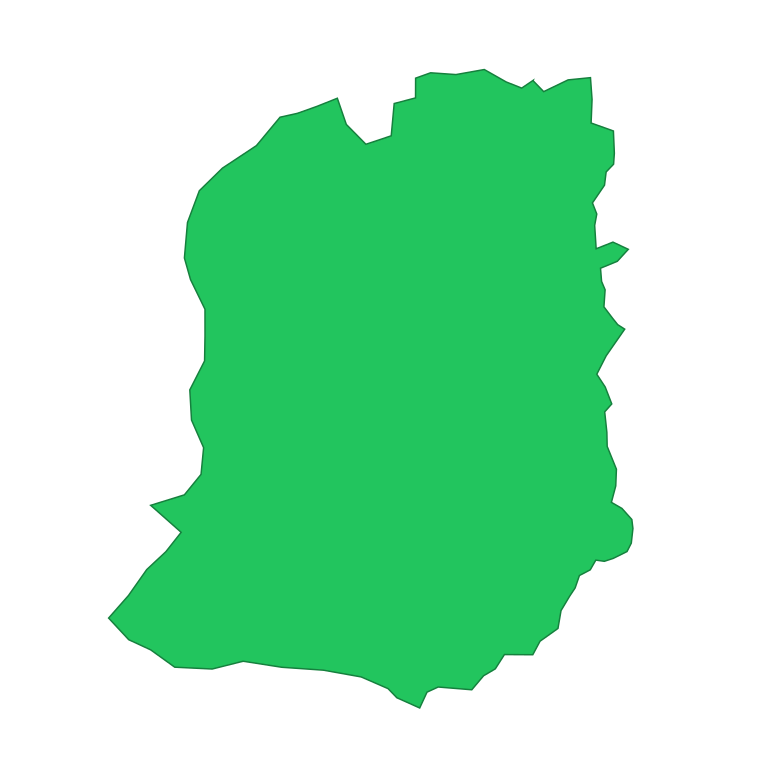 the district of Agios Dimitrianos, Paphos, Cyprus, rotated 184°
{"feature_id": "46923920B5099414499518", "entity_name": "Agios Dimitrianos", "entity_type": "district", "adm_level": 2, "iso_a3": "CYP", "parent_name": "Cyprus", "parent_adm1": "Paphos", "projection": "orthographic", "projection_center": [32.548, 34.902], "detail": "fine", "context": "isolated", "style": "filled", "palette": "green", "viewbox_px": 768, "rotation_deg": 184, "n_neighbors": 0, "source": "geoboundaries", "source_scale": "gbopen_adm2", "svg_char_len": 1429}
<svg xmlns="http://www.w3.org/2000/svg" viewBox="0 0 768 768"><g transform="rotate(184 384 384)"><path d="M349.3,71.9L325.8,63.3L319.6,79.6L308.8,85.5L275.1,85.1L264.3,99.9L253.1,107.6L245.0,122.5L216.7,124.3L210.4,138.3L193.4,152.3L191.6,170.3L184.0,185.3L179.1,193.9L175.7,206.6L165.3,213.0L160.4,223.1L151.8,222.5L143.2,226.0L129.9,233.8L126.2,242.5L125.6,257.2L127.3,266.1L138.0,276.5L148.9,281.8L145.7,298.5L146.2,315.2L157.0,337.3L158.3,351.3L161.9,371.6L155.4,380.0L163.1,396.4L172.4,408.6L164.3,427.7L147.7,455.5L155.0,459.5L160.7,465.7L170.0,476.3L170.0,493.4L174.1,501.5L176.1,514.6L159.8,522.7L149.7,535.4L165.5,541.5L181.8,533.7L184.9,556.9L183.6,568.4L188.7,579.2L177.9,597.7L177.2,611.0L170.3,619.3L170.3,630.2L172.8,652.4L195.6,658.8L196.3,682.4L199.4,704.0L221.6,700.2L245.1,686.8L256.5,697.0L256.4,697.3L267.3,688.8L283.1,693.8L305.9,704.7L333.8,697.7L359.2,697.7L373.8,691.3L372.5,671.6L393.4,664.5L394.1,632.1L418.8,621.9L439.7,640.3L450.5,665.8L470.2,656.3L489.2,648.0L490.8,647.5L506.3,642.9L527.9,612.9L560.2,588.1L581.7,563.9L591.3,531.4L591.9,495.8L584.3,474.7L567.8,446.1L565.9,419.3L564.6,394.5L577.3,364.6L573.5,334.6L559.5,307.9L560.2,281.1L575.4,259.5L608.3,246.7L576.0,221.9L589.9,201.5L607.7,182.4L624.2,155.1L642.4,131.3L620.8,111.1L598.2,102.5L573.0,86.9L535.5,87.7L505.3,97.6L466.2,94.3L424.7,94.3L386.4,90.2L358.7,80.4L349.3,71.9Z" fill="#22c55e" stroke="#15803d" stroke-width="1.5"/></g></svg>